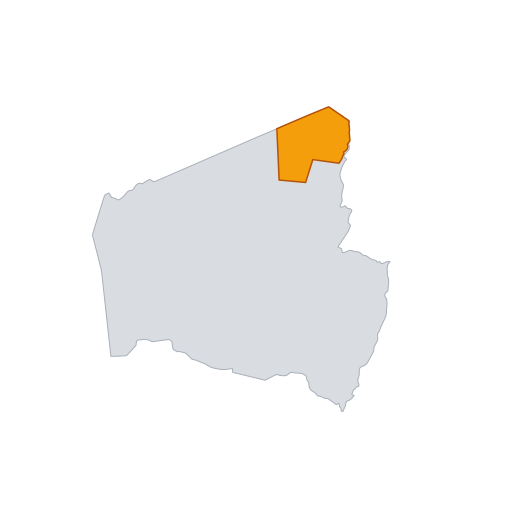 location of Tindouf within Algeria, rotated 124°
{"feature_id": "DZA-2150", "entity_name": "Tindouf", "entity_type": "Province", "adm_level": 1, "iso_a3": "DZA", "parent_name": "Algeria", "parent_adm1": "", "projection": "albers", "projection_center": [-7.582, 27.544], "detail": "fine", "context": "in_parent", "style": "filled", "palette": "amber", "viewbox_px": 512, "rotation_deg": 124, "n_neighbors": 0, "source": "natural_earth", "source_scale": "10m", "svg_char_len": 4769}
<svg xmlns="http://www.w3.org/2000/svg" viewBox="0 0 512 512"><g transform="rotate(124 256 256)"><path d="M336.3,97.0L336.7,97.8L336.9,98.7L335.7,99.7L334.9,100.2L334.1,102.5L332.3,104.3L332.1,104.8L332.1,105.2L333.5,105.7L334.1,106.3L334.4,107.1L334.2,110.2L334.0,115.8L334.2,116.9L334.9,118.3L335.5,119.3L335.8,120.5L336.1,123.6L336.9,125.3L337.6,126.9L336.7,129.1L336.4,131.0L336.4,133.6L336.5,135.2L336.0,136.8L335.1,138.4L334.1,139.4L332.8,140.3L331.4,141.5L330.4,144.3L327.9,146.9L327.4,147.7L327.4,149.6L327.7,152.0L328.5,153.9L330.2,156.7L331.8,159.7L332.3,161.3L332.8,161.9L334.6,162.7L337.7,163.8L338.3,164.3L340.0,166.3L341.9,170.1L342.6,172.7L348.3,176.0L353.7,178.9L354.1,179.4L358.4,191.1L359.9,195.2L365.5,210.2L364.1,211.3L362.6,212.6L364.1,214.5L366.9,217.6L368.7,220.2L369.4,221.3L371.0,224.6L372.3,227.7L372.7,228.8L373.4,231.3L374.0,238.3L375.9,247.2L377.4,251.5L376.6,255.7L375.9,259.7L376.3,261.6L377.4,264.5L378.3,266.7L379.4,267.7L379.7,271.5L379.5,272.9L377.1,275.2L374.4,277.5L373.8,279.1L373.8,280.8L374.4,282.1L384.7,293.6L385.2,294.8L385.8,298.4L387.9,302.7L389.8,304.4L390.6,305.8L391.8,306.7L393.0,307.3L393.7,307.3L397.4,305.5L404.3,306.5L410.9,307.6L411.4,308.0L416.1,314.2L420.3,320.2L354.8,375.7L347.6,383.6L330.6,402.7L329.3,403.7L304.7,411.2L291.8,415.0L291.2,415.1L290.5,415.2L289.9,415.3L288.8,414.9L287.3,414.0L286.4,413.6L286.1,412.8L286.5,411.7L287.1,410.7L287.3,409.9L287.7,409.3L288.2,408.8L288.2,408.1L287.6,407.1L287.1,405.6L286.8,402.9L286.7,401.7L285.4,400.7L283.1,399.8L280.9,399.3L280.0,399.1L277.6,398.9L274.4,398.4L273.2,398.0L271.0,395.7L269.9,395.1L265.1,395.1L263.5,394.8L262.1,394.3L261.0,393.5L260.2,392.2L260.0,391.1L259.5,390.6L254.1,388.2L252.7,387.4L251.9,386.6L251.8,385.3L251.8,383.7L251.5,382.4L251.2,381.7L157.2,321.8L152.3,318.6L141.2,311.4L91.7,279.1L91.9,255.9L92.0,254.7L92.3,254.2L93.8,253.3L96.3,251.4L97.2,250.5L98.3,249.6L102.4,247.0L103.2,246.3L107.2,243.2L108.1,242.8L110.2,242.5L111.1,241.9L112.2,240.7L114.0,239.3L115.1,238.7L115.4,238.5L116.1,238.4L119.7,238.8L121.3,239.1L123.1,239.4L123.6,239.2L124.1,238.8L124.8,237.8L124.9,236.6L125.0,235.6L125.1,235.2L125.4,235.0L126.2,235.0L127.2,235.2L129.4,235.1L130.1,235.0L132.6,234.7L136.0,234.0L140.9,232.4L143.2,230.6L144.9,228.7L146.6,225.9L148.0,223.4L150.8,221.8L153.2,220.9L154.5,220.5L157.6,219.1L162.5,215.2L166.8,214.6L167.3,214.2L167.9,213.6L167.9,212.4L167.1,211.7L166.2,211.3L165.6,210.8L165.0,210.8L164.7,210.2L164.8,209.2L164.9,208.3L165.2,207.4L165.1,206.1L164.4,204.8L164.2,203.8L164.2,202.9L164.5,202.2L165.4,201.7L166.4,201.5L167.8,201.6L170.2,201.3L176.4,198.8L176.8,198.1L177.2,196.5L177.6,195.1L178.2,194.6L178.6,194.5L183.6,193.4L184.7,193.3L194.0,193.3L202.0,193.2L202.7,192.9L202.7,191.9L202.1,190.1L202.3,188.9L203.4,187.8L204.8,186.5L204.0,185.1L202.9,184.2L201.2,183.1L200.4,182.6L198.9,181.3L197.9,179.7L197.1,176.4L195.9,174.5L195.0,172.2L195.5,167.9L194.4,165.3L194.2,164.2L194.1,162.9L194.3,160.6L193.9,157.4L192.6,154.1L193.1,153.0L193.3,152.4L193.2,151.9L192.0,150.9L191.5,150.1L191.7,149.2L192.3,148.0L192.2,147.5L190.3,146.2L187.2,144.0L186.3,143.0L185.8,141.7L188.7,141.9L190.2,141.7L193.6,140.0L196.2,137.8L198.3,136.6L200.0,134.3L201.6,132.8L204.0,131.1L210.8,127.4L211.9,127.3L214.2,127.9L216.2,127.6L217.5,126.3L218.8,123.4L221.0,121.6L223.8,119.7L227.6,117.8L230.0,116.1L234.0,114.5L244.1,113.0L249.2,111.8L252.8,111.7L256.1,109.0L257.9,108.1L265.6,107.2L269.0,105.2L282.8,103.9L284.6,104.3L286.3,105.0L289.3,107.0L290.8,107.3L292.6,106.7L296.6,104.1L301.2,102.5L303.7,100.9L304.6,99.0L306.7,98.0L308.1,99.3L313.2,100.2L316.2,99.4L317.5,98.8L316.8,96.7L320.0,96.9L322.6,97.6L325.4,99.3L327.2,99.5L330.1,98.2L336.3,97.0Z" fill="#d9dde1" stroke="#a8b0b8" stroke-width="1"/><path d="M138.9,309.9L136.7,308.5L134.0,306.8L131.3,305.1L128.7,303.4L125.6,301.4L122.5,299.4L119.4,297.4L116.3,295.4L113.2,293.4L110.1,291.4L107.0,289.3L103.9,287.3L100.9,285.3L97.8,283.2L94.7,281.2L91.7,279.1L91.7,277.5L91.7,275.9L91.7,274.2L91.8,272.6L91.8,271.5L91.8,270.5L91.8,269.4L91.8,268.4L91.8,267.4L91.8,266.3L91.8,265.3L91.8,264.2L91.8,263.2L91.8,262.1L91.9,261.1L91.9,260.1L91.9,259.0L91.9,258.0L91.9,256.9L91.9,255.9L91.9,255.1L92.0,254.6L92.1,254.3L92.4,254.0L94.4,253.0L95.1,252.4L95.8,252.1L96.0,251.9L96.5,250.9L97.3,250.5L97.5,250.4L98.5,249.4L99.6,248.7L101.3,247.9L101.8,247.6L103.2,246.3L104.8,245.2L105.7,244.3L106.5,243.9L106.7,243.7L107.6,242.8L108.2,242.6L108.9,242.6L109.5,242.7L109.9,242.7L110.2,242.7L110.5,242.6L112.3,242.7L113.6,241.2L115.3,240.5L116.5,240.3L118.2,240.4L120.8,241.5L122.1,240.3L124.2,240.0L126.4,239.4L127.5,239.3L128.6,239.1L130.8,239.1L132.7,239.1L144.3,262.8L167.3,256.0L180.1,279.3L139.1,309.7L138.9,309.9L138.9,309.9Z" fill="#f59e0b" stroke="#b45309" stroke-width="1.5"/></g></svg>